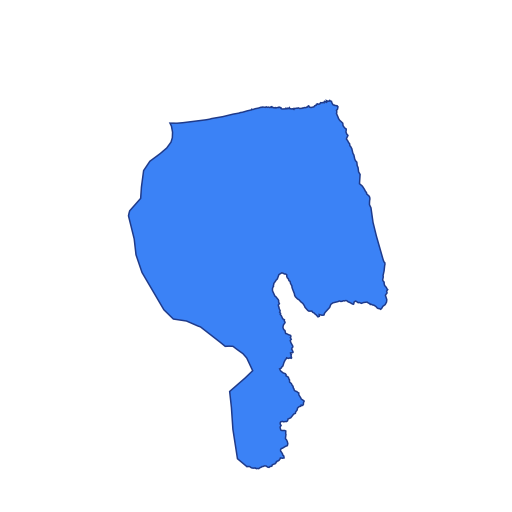 the district of Tacna, Tacna, Peru, rotated 130°
{"feature_id": "86281439B72337675709954", "entity_name": "Tacna", "entity_type": "district", "adm_level": 2, "iso_a3": "PER", "parent_name": "Peru", "parent_adm1": "Tacna", "projection": "equal_earth", "projection_center": [-70.307, -17.872], "detail": "fine", "context": "isolated", "style": "filled", "palette": "blue", "viewbox_px": 512, "rotation_deg": 130, "n_neighbors": 0, "source": "geoboundaries", "source_scale": "gbopen_adm2", "svg_char_len": 6112}
<svg xmlns="http://www.w3.org/2000/svg" viewBox="0 0 512 512"><g transform="rotate(130 256 256)"><path d="M89.0,289.1L89.0,289.8L88.8,290.1L89.0,290.2L89.2,291.2L90.2,292.7L90.1,293.2L90.4,293.4L90.6,294.4L89.7,296.7L89.0,297.6L89.5,298.6L89.4,299.5L89.8,299.5L89.8,299.0L90.0,298.6L90.0,299.3L91.3,300.6L91.5,301.3L91.6,301.0L91.8,301.3L92.2,301.1L92.4,301.4L92.6,301.1L92.9,301.7L93.1,301.4L93.5,302.8L93.8,302.6L94.5,302.8L94.9,302.5L95.1,303.2L96.2,303.9L97.0,305.1L98.5,304.9L99.9,306.0L99.8,306.6L100.0,306.8L100.2,306.6L101.1,307.2L101.8,306.8L103.2,307.6L104.5,307.5L106.9,309.3L107.6,310.8L107.1,311.8L107.3,312.4L108.9,312.4L109.4,312.7L109.5,313.0L110.0,313.0L110.9,313.8L111.2,314.4L112.6,315.1L112.8,315.6L113.3,315.7L114.9,317.3L115.4,318.9L116.3,319.3L116.6,319.9L117.6,320.6L118.0,321.2L118.6,321.2L118.7,321.7L119.3,321.4L119.3,321.8L119.6,321.9L119.6,322.5L120.7,323.5L120.8,324.1L121.3,324.5L121.2,325.3L121.0,325.7L121.8,325.6L122.1,326.4L122.5,326.2L123.1,326.8L123.0,327.1L123.4,327.4L123.5,327.9L123.9,327.6L126.3,330.1L126.9,331.2L126.8,332.2L126.4,332.3L127.1,334.1L127.6,334.0L128.5,335.0L129.9,336.0L129.9,336.7L130.9,337.3L131.1,338.0L131.4,338.3L131.3,338.6L131.6,339.2L131.4,339.9L131.8,340.2L132.3,339.9L132.5,340.5L133.3,340.7L134.0,342.3L134.9,342.9L135.2,344.1L136.1,344.3L137.1,345.9L137.6,346.7L138.1,346.8L138.6,347.6L139.0,347.7L139.1,348.0L141.0,349.1L143.7,351.3L145.6,352.4L146.1,352.9L146.3,353.6L146.9,353.4L147.4,353.7L150.4,356.0L154.8,358.9L155.9,360.0L157.5,360.9L162.0,364.7L170.6,371.0L179.2,378.3L180.9,379.4L184.1,382.1L200.9,397.7L205.0,401.8L209.5,407.3L210.9,404.2L214.8,399.5L219.2,396.1L223.4,394.3L230.6,393.8L239.5,395.3L251.6,398.2L262.8,397.0L276.8,388.1L286.0,381.4L302.6,381.8L304.8,380.8L307.2,379.5L321.2,360.3L332.2,348.7L341.9,332.7L356.4,292.0L357.4,278.8L350.5,267.5L346.9,255.3L346.0,253.0L345.1,228.4L345.0,221.5L342.3,218.6L340.0,215.6L339.7,209.7L339.2,203.2L340.1,197.5L346.0,184.8L356.3,185.9L376.7,189.1L387.9,177.4L403.6,162.3L423.2,139.9L423.2,127.4L422.4,127.0L422.2,126.5L421.4,125.6L421.2,123.4L420.3,121.7L419.5,121.1L419.1,120.2L418.7,120.0L418.8,119.6L418.6,118.9L418.1,118.7L417.1,117.2L415.9,117.0L414.3,116.2L413.5,116.1L412.9,115.4L411.2,114.5L410.4,113.3L410.2,111.2L409.5,110.1L408.3,110.0L407.6,109.3L406.6,108.8L405.7,109.3L404.6,108.9L402.8,107.8L402.3,108.0L401.6,107.7L400.4,108.2L400.0,107.8L399.4,107.9L398.7,107.3L397.7,107.0L396.7,107.2L395.9,107.1L395.0,107.5L393.9,105.7L392.6,104.7L391.4,106.1L391.2,106.7L391.3,107.6L390.6,108.4L389.8,110.7L389.8,111.5L388.8,112.6L387.2,112.9L386.3,112.2L383.0,111.1L381.1,110.1L379.3,111.0L378.0,112.8L377.2,114.6L377.1,115.7L376.8,116.2L373.4,118.4L373.0,119.1L370.9,120.7L371.2,121.8L373.1,124.1L373.4,125.2L371.8,127.4L371.2,127.7L369.7,127.8L369.1,129.6L367.9,130.4L366.9,130.4L365.6,129.3L365.3,128.3L363.8,127.0L363.2,126.2L362.0,125.9L360.3,126.7L357.6,125.4L352.8,125.5L351.2,124.7L350.0,125.4L347.5,125.5L345.9,126.4L344.4,126.3L343.2,125.9L342.4,125.1L341.2,125.6L340.5,124.2L339.0,124.4L338.0,125.3L336.3,125.8L336.1,126.2L336.5,129.5L336.0,130.3L334.9,133.7L334.5,134.3L333.4,135.2L333.7,136.3L333.6,137.7L334.2,138.9L334.2,140.4L333.3,141.7L333.0,142.9L332.5,143.2L331.9,144.2L331.8,145.2L331.0,146.9L331.0,149.2L329.3,150.8L329.0,151.9L328.1,153.2L328.1,154.0L328.5,156.0L327.6,156.6L327.3,157.9L328.1,160.0L328.2,163.3L327.3,165.4L325.5,164.6L324.5,164.9L323.0,164.7L319.7,166.1L316.9,166.8L314.9,166.8L314.3,167.1L313.7,165.4L312.1,164.4L311.8,163.3L311.4,163.2L310.9,163.5L310.0,165.0L308.8,165.5L308.7,166.6L308.0,167.3L306.5,165.8L305.8,165.8L304.7,167.9L304.5,168.8L302.9,169.4L302.0,169.3L301.4,169.9L299.9,173.7L298.7,175.5L297.2,175.4L296.5,177.2L295.4,177.4L294.7,178.2L294.6,178.5L295.4,180.6L295.8,182.5L296.3,183.5L294.5,185.9L294.5,187.6L293.3,189.6L291.1,190.7L288.4,190.9L288.0,191.3L287.5,192.7L286.6,193.2L286.9,195.2L285.5,198.2L285.1,200.0L284.1,200.3L283.9,201.8L282.5,202.2L281.0,205.2L280.4,205.4L280.1,206.4L279.1,207.5L277.5,207.4L276.6,209.3L275.8,209.7L275.2,210.8L274.6,213.8L274.4,214.8L274.6,215.7L272.1,220.9L270.6,222.3L269.1,223.0L268.1,223.0L267.5,223.7L266.6,224.0L265.7,224.7L262.7,224.9L261.9,225.1L259.9,224.9L255.5,226.5L252.3,225.4L251.8,224.2L251.5,222.7L250.7,221.7L250.7,220.2L251.8,219.4L252.6,218.0L252.6,216.6L253.3,215.7L253.7,214.7L253.5,213.6L254.8,212.0L255.9,209.2L256.7,208.5L257.7,207.0L260.2,202.4L261.3,201.1L261.9,199.7L262.2,196.6L261.9,194.8L262.3,192.1L262.2,189.7L263.0,187.0L263.8,185.5L264.4,181.4L264.3,180.2L262.3,177.8L262.7,176.5L262.3,174.7L262.5,173.4L262.4,172.1L262.8,169.4L261.5,168.7L260.2,170.0L259.1,167.6L258.2,166.5L257.3,166.0L256.3,166.6L254.6,166.8L248.1,166.5L245.0,167.6L242.5,167.0L238.1,163.8L237.0,163.3L236.7,163.0L236.5,162.1L235.5,161.0L234.1,160.3L233.6,159.4L232.6,158.8L231.9,157.8L231.9,156.0L231.3,154.2L230.8,151.4L230.4,150.4L229.9,150.3L228.4,151.2L226.7,150.9L226.3,150.1L226.1,147.7L225.2,147.0L224.5,144.8L222.5,143.7L219.9,141.3L219.9,140.3L219.3,137.7L219.6,137.7L219.7,137.3L218.9,136.6L218.4,134.8L217.9,134.2L217.6,131.6L217.9,129.7L217.7,128.7L216.9,127.4L216.7,126.2L214.9,126.1L213.1,126.5L210.2,125.8L207.4,126.4L205.4,127.7L203.0,131.5L202.2,131.8L200.4,131.8L200.0,131.9L199.0,133.4L197.1,133.5L197.0,134.5L196.3,136.0L195.9,138.6L194.5,140.4L193.7,141.0L193.3,143.1L192.9,143.6L190.2,145.1L189.3,146.1L185.1,148.3L180.6,151.3L179.6,151.8L178.4,152.9L178.2,154.3L177.0,156.4L163.4,176.5L155.0,188.0L145.2,198.9L143.9,201.8L143.4,202.4L140.8,204.4L139.1,205.4L137.9,206.7L137.4,208.0L137.3,211.1L136.3,212.3L136.2,213.5L135.2,215.9L134.3,218.8L134.1,219.7L134.1,223.2L126.6,228.7L125.6,231.5L122.7,234.6L121.7,236.6L119.3,239.1L119.1,240.8L118.4,242.5L115.7,246.0L115.1,247.7L112.2,251.6L111.3,253.9L111.2,255.0L109.8,256.5L109.6,257.9L108.6,260.3L108.4,261.7L107.6,262.3L104.6,263.0L104.4,263.5L104.4,264.6L103.2,266.8L101.3,268.0L100.7,268.6L100.9,270.5L100.2,273.1L98.5,274.9L98.3,277.7L98.3,279.0L97.6,281.3L97.1,282.0L95.1,286.0L94.4,286.2L93.0,287.4L92.7,288.0L91.2,287.9L89.0,289.1Z" fill="#3b82f6" stroke="#1e3a8a" stroke-width="1.5"/></g></svg>